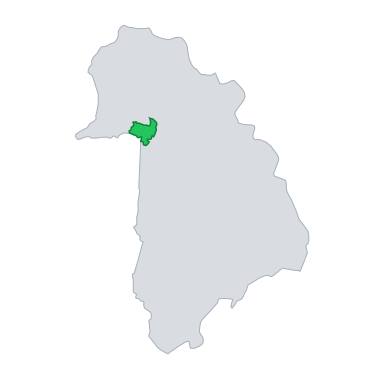 Ioba on a map of Burkina Faso (Mercator projection), rotated 93°
{"feature_id": "BFA-2833", "entity_name": "Ioba", "entity_type": "Province", "adm_level": 1, "iso_a3": "BFA", "parent_name": "Burkina Faso", "parent_adm1": "", "projection": "mercator", "projection_center": [-2.966, 11.024], "detail": "fine", "context": "in_parent", "style": "filled", "palette": "green", "viewbox_px": 384, "rotation_deg": 93, "n_neighbors": 0, "source": "natural_earth", "source_scale": "10m", "svg_char_len": 4454}
<svg xmlns="http://www.w3.org/2000/svg" viewBox="0 0 384 384"><g transform="rotate(93 192 192)"><path d="M293.6,245.5L283.0,246.0L279.2,247.1L276.8,247.1L276.8,246.2L276.5,245.6L263.1,242.3L253.7,240.4L244.2,238.3L243.7,240.3L242.3,241.6L240.3,241.7L238.8,241.3L237.9,242.9L236.3,244.9L234.1,245.9L231.9,247.2L230.7,248.3L229.8,248.3L227.7,245.7L224.8,245.5L219.4,245.9L216.9,245.2L213.6,244.8L205.8,245.4L193.3,244.3L191.2,244.9L190.7,245.4L178.3,245.5L164.6,245.6L153.2,245.7L143.2,245.8L143.2,245.4L140.0,245.3L139.6,246.2L136.8,256.7L136.5,262.3L138.0,265.9L139.7,268.1L141.6,269.0L141.8,270.3L140.3,272.0L140.4,273.6L142.2,275.4L142.6,277.2L141.7,279.1L141.9,283.7L143.3,290.9L143.3,295.6L142.0,297.8L142.6,301.4L145.1,306.6L145.5,308.8L144.6,309.8L142.6,311.2L140.5,311.1L138.1,308.0L137.1,306.6L135.1,303.4L133.5,300.2L131.2,298.8L129.0,297.5L126.4,293.4L123.8,291.5L121.1,292.1L117.1,291.3L109.1,290.3L100.4,290.6L96.8,291.5L93.3,293.0L84.3,296.3L80.8,297.9L78.1,302.0L75.1,301.9L72.0,300.6L70.1,298.7L66.0,299.1L62.1,297.3L58.3,293.8L55.4,292.6L51.9,290.1L50.9,285.2L48.6,281.8L46.5,277.0L43.4,274.9L39.8,273.8L34.9,274.0L31.6,272.1L29.1,269.3L29.7,266.9L30.9,263.5L31.0,260.2L31.8,254.8L31.3,248.1L30.4,243.5L33.1,241.5L36.3,239.8L38.3,236.6L40.3,229.5L41.2,223.3L40.5,221.0L39.5,219.2L38.7,216.6L38.2,213.3L38.7,210.5L41.1,207.8L44.1,205.7L46.3,204.6L51.9,203.5L58.9,201.9L63.0,200.0L66.0,198.2L67.6,196.7L69.3,193.7L72.0,191.4L74.1,189.0L74.4,182.4L74.4,178.7L72.9,176.7L72.0,174.9L82.4,169.8L82.5,166.1L81.1,162.1L79.0,158.8L78.3,156.0L81.1,152.7L83.7,150.2L85.6,148.1L89.7,144.9L94.0,144.0L97.8,145.2L109.3,152.8L111.3,153.3L113.6,152.7L116.6,150.7L120.6,149.2L122.0,144.1L121.9,136.6L122.7,133.2L124.8,132.6L131.4,134.0L133.1,134.1L135.0,133.6L136.4,132.3L136.3,129.9L136.0,127.7L138.2,120.8L142.1,115.6L150.0,109.0L152.5,107.7L155.3,107.0L169.5,111.5L171.8,110.4L175.3,99.3L179.1,98.2L183.7,98.0L186.7,97.1L188.3,96.3L195.0,92.1L206.9,86.3L213.3,83.8L214.6,82.9L219.2,78.8L225.2,74.1L229.1,73.2L234.4,72.8L237.8,73.6L238.7,74.9L239.8,75.6L246.8,73.6L256.8,76.8L265.5,79.9L264.9,81.9L264.9,85.4L264.2,90.9L263.3,97.6L266.9,101.8L271.2,106.4L272.3,108.2L271.2,112.8L272.0,115.4L274.2,119.9L278.1,125.5L282.0,131.3L284.7,132.0L287.3,132.5L288.9,133.5L291.2,134.5L293.5,135.2L295.5,136.4L296.8,137.7L298.5,141.2L302.9,143.6L306.0,145.9L304.8,147.1L300.9,146.6L297.3,145.6L296.8,147.3L296.6,153.8L297.2,159.3L298.1,160.0L301.7,161.0L310.4,168.0L318.3,174.7L321.0,176.4L325.4,177.1L330.3,177.4L332.4,176.8L337.1,173.4L339.6,173.0L342.0,173.1L343.2,173.7L345.5,176.4L347.6,180.5L348.2,183.6L348.0,185.2L347.3,185.8L343.4,186.6L341.7,187.2L341.3,188.1L341.9,190.2L342.7,191.5L346.9,197.5L353.1,205.5L354.9,207.6L353.9,210.0L350.7,216.2L348.4,218.8L338.1,227.7L333.1,226.6L322.4,228.4L320.9,226.4L318.4,226.1L315.3,226.5L314.2,227.3L313.9,228.1L312.8,229.3L310.8,232.9L309.3,233.8L307.4,234.3L305.1,234.2L303.7,234.7L303.7,236.4L303.3,237.9L301.8,238.7L301.1,240.4L301.2,242.1L300.3,242.8L298.3,242.4L297.1,241.9L296.0,244.1L294.6,245.6L293.6,245.5Z" fill="#d9dde1" stroke="#a8b0b8" stroke-width="1"/><path d="M144.2,245.8L143.3,245.8L143.2,245.4L139.7,245.3L139.7,245.6L139.6,245.9L139.9,246.7L140.3,247.4L140.6,248.2L140.3,249.2L139.8,249.8L139.1,250.3L138.6,250.9L138.3,251.8L137.8,253.8L137.1,254.9L137.0,255.9L136.8,256.3L136.3,256.7L136.2,256.9L136.3,257.4L135.7,257.8L135.1,257.9L134.2,257.9L133.8,257.5L133.5,256.8L132.8,256.0L131.8,256.0L130.8,256.1L130.7,255.8L130.2,255.6L129.9,255.2L129.7,254.6L129.4,254.1L128.8,254.0L127.2,253.9L126.0,254.1L125.6,254.6L125.1,254.3L125.2,253.5L125.5,252.6L125.3,252.1L124.8,251.8L125.1,251.0L126.4,250.5L126.0,248.4L126.6,246.8L126.9,246.4L127.0,245.7L127.1,244.9L127.7,243.8L127.9,242.7L127.6,241.9L127.5,241.0L127.9,240.1L128.2,238.7L128.1,237.8L126.5,237.2L124.9,237.0L122.7,237.4L121.4,237.7L120.5,238.1L120.7,237.6L121.0,235.6L121.3,234.9L121.9,234.1L123.6,232.0L124.8,231.0L126.5,230.6L127.6,231.0L128.2,231.6L129.5,231.4L131.2,230.9L132.8,231.0L133.9,231.5L135.5,231.9L137.1,232.4L138.4,233.0L138.8,233.2L138.4,233.8L138.0,234.7L138.4,235.1L140.2,235.2L141.1,235.5L141.4,236.1L141.7,238.6L141.7,239.4L142.1,239.5L142.6,239.2L143.1,239.0L144.0,237.4L144.7,237.5L146.7,239.0L147.5,239.7L148.0,240.6L147.8,241.5L147.6,242.3L147.3,242.9L146.7,243.1L145.3,243.2L144.8,243.6L144.4,244.2L144.2,244.9L144.2,245.4L144.2,245.8L144.2,245.8Z" fill="#22c55e" stroke="#15803d" stroke-width="1.5"/></g></svg>